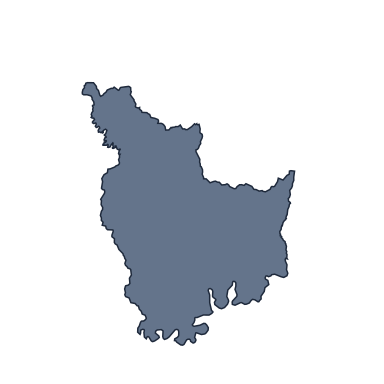 Linakeng, Thaba-Tseka, Lesotho, rotated 248°
{"feature_id": "5366337B53729511602766", "entity_name": "Linakeng", "entity_type": "district", "adm_level": 2, "iso_a3": "LSO", "parent_name": "Lesotho", "parent_adm1": "Thaba-Tseka", "projection": "orthographic", "projection_center": [28.976, -29.679], "detail": "fine", "context": "isolated", "style": "filled", "palette": "slate", "viewbox_px": 384, "rotation_deg": 248, "n_neighbors": 0, "source": "geoboundaries", "source_scale": "gbopen_adm2", "svg_char_len": 5964}
<svg xmlns="http://www.w3.org/2000/svg" viewBox="0 0 384 384"><g transform="rotate(248 192 192)"><path d="M172.9,294.9L174.7,291.7L174.9,290.2L172.1,288.8L171.8,286.2L169.0,280.9L172.5,277.2L169.6,275.2L166.3,270.7L166.4,269.5L167.2,268.2L166.9,267.2L165.2,265.4L164.7,260.1L166.1,258.0L167.0,257.6L167.7,254.6L170.3,252.3L171.2,250.4L174.8,249.6L179.5,245.1L178.6,242.8L180.2,240.7L180.9,238.8L180.1,235.8L178.8,233.9L179.3,232.3L183.0,228.9L184.7,228.7L186.2,227.8L186.5,227.1L186.3,225.7L187.4,222.2L190.8,221.0L191.5,219.4L193.2,217.9L193.6,216.4L193.8,212.2L198.8,210.1L199.9,207.7L201.1,208.2L204.7,208.1L206.5,209.3L208.8,210.1L212.0,210.0L212.7,209.4L215.2,210.2L216.7,210.2L219.4,211.5L227.9,210.8L229.6,211.5L229.5,213.0L230.3,214.5L232.3,216.2L233.6,218.2L235.6,218.7L238.2,221.5L239.8,222.6L241.7,223.0L243.7,221.7L244.5,221.7L247.4,223.2L252.1,223.9L252.2,222.5L252.9,221.9L253.5,222.0L253.1,220.6L254.3,219.9L252.7,216.2L251.6,211.0L252.3,209.3L253.2,209.0L254.0,206.9L258.5,206.2L257.8,203.7L258.8,201.3L258.6,200.4L259.3,198.1L259.0,197.3L259.7,196.8L258.2,193.8L259.3,190.8L262.7,191.5L265.3,190.8L267.0,189.5L268.5,186.0L270.3,187.6L271.9,187.6L274.3,185.1L276.5,181.8L279.8,181.8L280.9,180.7L282.5,179.9L284.6,175.4L286.3,175.6L288.3,174.4L290.0,175.1L290.0,173.5L291.8,171.6L292.5,171.5L294.6,172.9L298.3,172.4L299.2,172.8L305.3,171.2L307.8,173.3L308.6,173.1L311.7,174.2L313.2,173.3L313.7,172.7L315.6,165.3L315.6,164.7L313.9,162.6L313.9,161.8L318.4,159.1L317.7,157.4L318.4,155.9L318.3,151.6L316.8,149.7L316.1,147.1L315.2,145.8L314.9,143.2L316.6,142.8L321.2,143.3L323.6,142.3L325.8,142.9L330.2,141.6L332.6,135.9L332.6,134.2L331.2,133.4L331.0,132.0L328.9,131.3L327.8,129.2L325.5,127.6L324.0,127.1L322.7,128.0L321.5,131.1L319.0,134.3L316.7,134.7L315.4,134.1L312.4,134.7L309.5,133.9L309.5,132.2L309.0,131.9L307.6,132.1L305.7,130.8L304.2,130.6L303.0,128.8L301.6,127.6L299.8,127.7L299.0,126.4L298.0,127.1L297.3,128.6L295.8,128.8L294.3,126.0L293.4,125.7L292.2,126.6L292.2,128.3L291.7,128.8L290.5,128.5L289.2,127.0L287.7,127.4L287.5,127.9L287.9,130.0L287.1,130.5L285.8,130.4L285.3,129.1L284.1,128.0L282.5,127.7L282.3,128.9L281.0,129.9L281.4,131.0L280.2,131.3L280.4,132.0L282.0,132.5L282.5,134.0L282.6,135.4L281.1,136.2L278.3,133.8L277.9,132.2L277.3,132.0L275.9,133.0L275.0,133.0L274.9,131.6L273.2,129.9L272.3,130.5L271.8,131.7L271.3,131.7L270.5,130.5L271.2,129.4L269.6,128.2L269.6,127.3L268.7,127.0L267.4,130.2L267.7,131.7L267.1,131.9L265.1,130.6L264.6,131.3L264.5,133.0L266.0,134.7L267.2,137.0L266.8,137.1L264.7,136.0L263.2,136.0L262.9,134.8L262.3,134.7L261.9,135.4L262.0,137.7L262.3,138.0L263.3,137.8L263.2,138.7L259.8,138.7L258.6,139.8L258.8,141.3L258.5,141.4L257.4,139.9L255.2,138.3L254.3,138.4L253.9,139.4L253.1,138.4L251.3,137.8L249.4,136.0L246.3,135.7L245.4,135.2L244.6,133.4L244.7,131.3L244.1,129.7L244.1,124.8L244.7,122.6L241.6,120.8L241.0,116.9L238.2,113.4L235.1,113.0L229.4,109.5L227.9,109.9L226.6,111.5L225.2,111.3L223.7,110.5L219.4,104.6L217.9,104.8L214.3,103.0L211.2,103.4L209.2,102.5L208.1,100.8L204.6,98.3L201.9,98.3L199.7,97.3L197.3,98.2L194.8,96.3L192.7,99.2L190.3,98.8L188.7,99.5L186.5,104.3L186.1,104.5L184.9,104.1L182.0,101.6L180.5,101.0L177.8,102.6L174.3,101.1L172.6,101.4L170.9,102.7L166.1,102.7L160.7,104.9L159.0,104.6L157.7,105.1L155.8,104.8L153.5,105.2L150.9,103.0L149.0,102.9L147.1,103.8L145.2,104.1L144.3,105.5L143.0,106.1L137.7,104.7L135.5,101.7L130.4,100.1L129.5,98.1L129.9,95.5L129.6,95.0L127.3,93.2L123.6,92.6L121.9,91.2L119.9,91.3L117.3,94.0L112.3,93.9L109.9,97.5L107.1,98.5L106.4,99.6L103.1,99.2L100.4,100.3L97.5,100.1L95.3,102.4L92.3,102.4L91.8,102.2L90.9,100.5L90.5,98.9L91.2,96.7L90.5,95.5L87.3,92.7L86.1,90.8L82.4,89.1L79.4,90.5L80.3,91.4L83.1,92.7L83.2,94.8L82.4,96.0L81.3,95.9L79.8,94.8L75.4,93.5L73.0,94.6L74.5,96.2L74.5,97.0L73.7,97.7L69.4,98.4L68.4,99.0L68.0,99.5L67.9,101.6L68.7,105.5L69.4,107.2L71.0,107.3L74.9,105.2L76.6,106.2L77.1,108.1L75.9,112.0L74.0,113.1L68.8,110.7L66.9,110.6L65.6,111.3L65.5,113.9L66.2,116.5L70.6,124.9L70.3,126.5L69.5,127.3L68.6,127.6L66.7,127.1L63.6,125.7L62.7,124.0L62.3,121.0L60.8,120.1L60.2,121.2L58.5,121.6L54.4,124.3L53.5,126.0L53.7,127.5L56.9,131.6L57.0,133.2L56.4,134.6L55.6,135.0L54.0,134.8L51.6,136.4L51.4,137.2L51.8,138.8L53.1,140.1L54.0,140.3L56.1,139.9L59.9,142.7L59.8,143.4L56.3,147.4L55.6,150.8L56.1,152.4L57.9,155.2L60.1,156.3L63.3,155.8L65.1,155.0L65.8,153.7L65.5,149.6L66.7,143.6L67.5,142.8L68.7,142.5L70.3,145.0L72.3,146.7L74.1,147.3L74.4,148.0L73.7,149.7L73.7,156.5L71.5,161.7L72.0,164.8L72.8,166.4L73.4,166.5L74.8,165.7L82.6,166.9L89.9,169.8L94.6,170.1L95.6,170.9L95.9,171.8L95.7,172.7L94.0,174.0L92.2,174.1L87.7,172.0L86.6,172.1L83.6,173.8L83.0,173.7L81.3,171.5L79.1,171.0L74.2,173.8L72.7,175.7L72.7,178.9L74.6,182.8L75.4,183.6L76.8,184.9L78.0,185.3L82.1,185.1L87.7,188.5L90.6,194.5L93.1,195.8L93.7,196.7L93.0,198.1L91.3,198.6L88.3,197.4L85.6,195.4L80.0,195.3L78.4,194.4L75.8,188.9L74.9,188.0L72.7,187.3L70.9,189.5L71.2,195.5L70.9,196.5L68.1,198.8L67.6,200.6L67.6,203.6L69.2,206.0L69.8,207.9L68.5,209.9L65.4,212.1L65.3,213.1L66.0,213.8L66.9,216.0L69.5,216.9L72.7,221.7L76.0,223.8L77.4,228.5L81.6,229.2L83.6,227.6L84.3,227.5L85.3,227.8L86.4,229.1L86.1,230.2L84.8,231.2L84.7,233.7L85.5,234.9L84.8,237.9L80.1,242.8L78.4,245.1L78.8,248.7L80.8,250.4L84.5,250.5L88.9,252.8L92.9,252.7L94.5,253.1L95.4,254.0L94.3,255.3L95.4,255.2L98.5,256.7L99.9,256.5L101.4,257.6L103.0,257.4L106.4,259.3L108.0,259.2L108.5,259.6L109.6,259.3L111.2,259.7L112.9,258.6L114.8,258.5L116.4,257.7L116.9,258.4L117.6,258.3L118.4,257.4L119.7,258.3L120.3,257.9L122.5,258.6L123.9,260.6L126.3,261.9L126.6,262.7L127.3,262.8L127.2,263.3L129.6,265.0L130.9,267.0L131.3,268.5L131.9,268.7L132.1,269.5L132.9,269.4L135.0,271.0L135.1,271.6L139.9,274.2L142.1,276.5L143.7,277.4L144.6,278.5L144.6,279.0L145.5,279.2L147.2,278.1L149.8,278.8L150.6,280.4L152.8,282.2L156.9,283.2L158.4,285.8L160.1,287.4L162.2,288.3L164.6,290.7L167.7,291.9L172.9,294.9Z" fill="#64748b" stroke="#1e293b" stroke-width="1.5"/></g></svg>